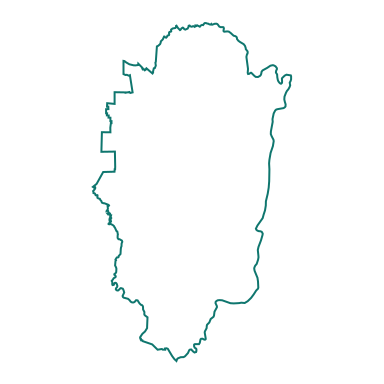 Ignacio de la Llave, Veracruz, Mexico
{"feature_id": "50627088B21010720100332", "entity_name": "Ignacio de la Llave", "entity_type": "district", "adm_level": 2, "iso_a3": "MEX", "parent_name": "Mexico", "parent_adm1": "Veracruz", "projection": "natural_earth1", "projection_center": [-95.975, 18.656], "detail": "fine", "context": "isolated", "style": "outline", "palette": "teal", "viewbox_px": 384, "rotation_deg": 0, "n_neighbors": 0, "source": "geoboundaries", "source_scale": "gbopen_adm2", "svg_char_len": 5902}
<svg xmlns="http://www.w3.org/2000/svg" viewBox="0 0 384 384"><path d="M176.5,25.7L176.0,26.0L176.1,27.2L175.3,28.0L172.6,28.5L171.1,29.6L171.2,31.4L170.8,31.7L169.5,31.9L169.0,32.9L169.2,34.5L168.9,35.2L167.5,35.6L166.9,36.9L166.1,37.7L164.9,37.1L164.5,36.5L164.1,36.5L162.8,39.4L160.8,41.4L160.7,42.6L160.1,44.1L158.2,45.8L156.9,46.4L155.9,60.6L155.8,61.9L155.4,62.6L155.8,65.6L154.8,68.1L153.8,68.3L153.0,71.8L153.1,72.6L152.5,73.5L146.4,68.3L145.8,69.1L145.8,69.6L145.4,69.9L144.5,69.5L144.4,70.0L142.7,68.6L142.5,68.9L142.1,68.0L142.3,67.7L138.3,63.7L138.2,65.0L135.4,65.4L133.6,65.3L129.4,64.3L126.0,62.3L124.5,61.1L123.5,60.9L123.5,74.1L125.5,75.0L126.8,74.8L128.9,75.7L129.9,75.2L132.6,92.4L129.7,93.1L129.7,93.4L129.4,92.0L125.7,92.7L125.7,92.4L114.6,92.2L114.6,103.9L107.2,103.2L107.0,106.7L108.3,106.7L108.4,109.1L106.1,109.2L106.1,113.3L107.1,113.3L106.9,115.4L108.7,115.5L108.5,117.6L110.4,117.7L110.4,121.1L111.5,121.1L111.5,123.1L110.9,123.1L110.3,127.7L110.4,132.3L101.9,132.2L101.4,151.8L114.9,151.6L115.2,166.8L115.1,169.2L114.7,169.2L114.5,171.7L103.2,172.0L96.6,183.9L92.9,186.9L94.3,187.9L95.2,187.5L95.3,188.0L94.7,189.3L93.1,191.1L93.4,191.8L93.5,193.1L94.7,193.4L95.2,194.0L95.6,195.2L96.1,195.4L97.2,195.1L97.5,195.3L97.4,197.7L98.3,198.4L99.8,198.8L100.3,199.9L101.3,201.0L101.9,202.6L103.3,203.2L104.5,203.3L108.4,204.8L109.0,205.4L108.6,206.0L107.6,206.2L107.9,208.5L107.6,210.0L106.8,210.5L106.7,210.9L107.8,210.7L108.1,210.9L108.6,213.1L108.3,213.5L107.4,213.5L108.2,214.5L108.5,214.4L108.6,213.7L109.0,213.3L109.6,213.2L110.1,213.7L110.3,215.3L111.1,215.3L111.0,215.8L110.2,216.2L110.9,217.4L110.2,217.5L110.0,217.8L110.7,218.5L109.7,219.1L110.6,219.8L110.5,220.1L109.7,219.9L109.6,220.3L110.8,220.6L111.0,221.5L110.7,221.9L109.8,221.8L109.4,222.5L109.5,223.4L109.4,223.7L108.6,223.8L108.6,224.1L109.2,224.3L109.7,224.2L110.0,223.6L110.3,223.4L110.9,224.1L112.7,225.0L114.0,226.1L114.4,227.1L114.8,227.4L116.5,231.1L117.3,231.5L117.9,234.6L117.7,235.0L117.6,237.4L117.7,238.1L118.5,239.2L119.5,239.2L121.9,240.6L122.1,241.2L122.3,241.8L121.6,243.5L121.5,246.2L121.1,247.2L120.8,248.8L120.5,254.0L118.7,256.0L118.6,256.9L118.3,257.3L116.8,257.5L115.5,259.5L116.0,260.3L115.5,260.9L115.1,265.5L116.1,267.5L116.4,268.8L116.2,272.1L115.8,272.9L114.3,274.2L114.4,274.8L115.3,275.5L115.7,276.3L115.7,276.8L115.3,277.3L113.7,278.2L112.7,279.8L111.7,280.9L112.5,282.8L112.2,283.8L112.4,284.9L112.6,285.1L113.7,284.9L114.8,282.9L115.6,282.8L116.2,283.1L116.8,284.0L117.4,286.0L117.1,287.0L116.0,288.3L115.8,289.2L116.3,290.0L117.2,290.5L118.3,290.4L120.4,288.3L120.9,288.1L122.8,288.7L123.5,290.1L124.2,292.5L122.6,296.0L123.0,297.1L123.8,297.7L128.0,298.8L129.5,300.1L130.7,301.7L132.0,302.4L133.2,302.5L134.1,302.2L134.6,301.9L136.1,300.2L137.6,300.4L139.5,303.4L141.1,304.9L142.1,305.2L142.8,306.1L143.0,306.8L143.1,309.5L144.4,312.0L144.3,314.3L144.6,315.0L145.2,315.6L147.5,317.3L147.1,326.8L147.1,328.1L145.0,331.5L142.4,333.8L140.2,337.1L140.1,337.8L140.3,338.5L140.9,338.7L141.1,339.4L140.8,339.8L141.1,340.3L141.7,340.1L142.4,340.3L142.6,341.1L152.2,344.4L157.6,349.7L161.9,349.0L162.6,349.6L165.1,349.7L165.0,348.5L166.5,348.3L167.8,348.8L172.1,356.0L174.3,359.0L176.4,361.0L177.2,359.0L178.0,358.3L180.7,357.2L183.6,357.1L185.0,356.3L188.0,353.0L189.2,350.2L190.0,349.6L191.3,349.5L193.0,351.4L194.5,352.5L196.1,352.0L196.4,350.9L196.4,349.2L196.1,348.6L194.7,347.7L194.1,346.3L194.1,344.7L194.3,344.4L195.0,344.1L199.0,344.1L199.8,342.8L200.5,339.4L201.1,338.8L202.5,338.7L204.2,339.6L205.0,339.7L205.6,339.3L205.7,338.4L204.7,332.5L204.9,331.4L206.6,328.2L206.8,325.7L207.1,324.7L209.3,322.5L210.7,319.0L213.5,316.8L214.0,315.6L214.5,311.7L216.9,307.3L216.9,306.2L215.5,303.1L215.7,301.8L216.5,301.0L217.7,300.3L219.5,300.1L222.2,300.3L230.4,303.2L233.8,303.4L239.1,303.1L241.3,302.7L244.7,303.0L247.7,301.2L251.1,297.9L253.7,294.4L256.2,290.5L258.0,288.7L258.3,287.6L258.0,281.4L257.6,278.8L257.5,277.9L254.6,270.8L254.2,268.5L254.4,267.5L255.2,265.7L256.7,263.9L258.1,259.6L258.5,257.3L258.4,255.7L257.8,250.0L258.5,246.9L261.0,240.3L262.6,234.7L262.7,233.5L261.7,231.8L260.5,231.3L258.5,231.1L257.2,230.5L256.4,229.8L255.9,228.7L257.4,225.6L262.7,218.1L263.6,214.7L265.0,210.4L265.8,205.5L265.9,201.3L267.7,193.8L268.7,187.6L269.2,181.2L269.4,169.3L269.1,163.4L269.4,159.9L270.6,152.9L272.9,146.1L273.7,141.2L273.5,139.8L271.6,136.1L270.8,134.1L270.9,131.4L272.7,121.8L272.5,119.1L273.7,113.4L275.2,110.5L276.3,109.5L277.9,109.1L283.6,108.1L284.9,107.2L285.5,106.4L285.6,104.3L284.8,101.7L284.3,99.4L284.5,96.6L286.0,92.7L286.9,91.0L288.4,89.2L289.6,87.0L290.2,85.3L289.7,82.7L290.6,81.0L291.1,79.3L291.1,76.3L290.8,75.4L286.5,74.7L284.7,75.6L282.1,78.1L281.9,78.6L282.1,81.3L282.0,82.8L281.1,83.7L280.5,83.6L279.5,82.8L278.4,81.4L277.8,79.9L277.3,77.3L277.1,74.4L276.0,72.7L275.9,72.2L276.2,70.6L276.9,69.2L276.9,68.2L275.5,66.3L273.6,65.3L272.6,65.2L270.4,65.7L267.3,67.8L262.6,70.4L261.6,71.7L261.2,73.9L260.7,75.1L260.1,75.8L258.0,77.0L255.7,76.9L254.4,75.9L251.3,72.8L250.6,72.8L249.3,73.8L248.1,74.0L247.7,72.9L248.0,68.9L246.4,56.9L247.0,54.2L247.5,53.7L247.7,52.1L247.5,51.3L245.8,49.1L245.7,48.0L245.0,45.9L243.7,44.2L239.9,41.9L238.3,40.7L237.0,39.0L236.9,37.8L236.4,36.8L235.2,36.1L233.6,35.7L230.7,33.0L228.8,31.6L227.2,31.4L224.2,31.7L223.6,31.2L223.5,30.3L223.9,28.6L223.6,27.4L223.1,27.1L220.4,27.1L219.2,26.5L217.8,24.5L217.2,24.0L216.4,23.7L214.6,23.8L212.2,24.7L211.7,24.6L211.3,24.0L210.8,24.6L210.3,24.5L209.5,24.4L208.0,23.6L207.2,23.6L206.4,23.2L205.0,23.0L204.3,23.4L203.1,25.1L202.1,24.9L200.7,25.6L199.8,26.7L197.1,25.3L196.5,26.0L195.4,25.5L195.2,26.4L194.7,26.9L193.5,26.2L192.9,26.2L191.9,26.7L191.3,26.7L190.1,26.1L189.6,25.5L189.0,25.6L188.6,25.9L188.5,27.0L187.6,28.6L185.3,29.6L184.4,29.2L183.7,28.5L183.4,27.9L182.8,27.6L181.6,28.3L180.4,29.9L180.0,30.1L177.8,27.8L176.5,25.7Z" fill="none" stroke="#0f766e" stroke-width="2"/></svg>